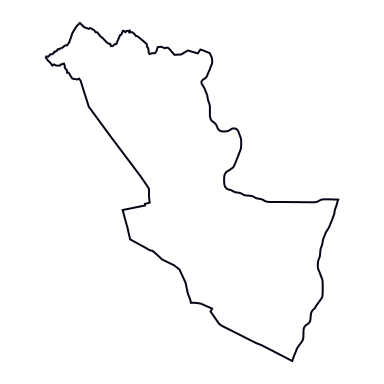 Jimaní, Independencia, Dominican Republic (Equal Earth projection)
{"feature_id": "3306468B8700472779567", "entity_name": "Jimaní", "entity_type": "district", "adm_level": 2, "iso_a3": "DOM", "parent_name": "Dominican Republic", "parent_adm1": "Independencia", "projection": "equal_earth", "projection_center": [-71.817, 18.503], "detail": "fine", "context": "isolated", "style": "outline", "palette": "ink", "viewbox_px": 384, "rotation_deg": 0, "n_neighbors": 0, "source": "geoboundaries", "source_scale": "gbopen_adm2", "svg_char_len": 4533}
<svg xmlns="http://www.w3.org/2000/svg" viewBox="0 0 384 384"><path d="M338.2,199.6L328.4,199.3L325.0,199.3L323.0,199.4L321.7,199.6L320.5,200.0L318.2,201.3L317.0,201.8L315.6,202.1L313.6,202.3L282.9,202.0L270.4,202.0L268.5,201.9L266.5,201.6L265.3,201.2L262.9,199.8L261.9,199.4L260.6,199.0L257.5,198.5L256.3,198.2L255.3,197.8L253.4,196.6L252.3,196.2L250.5,195.8L246.7,195.5L244.9,195.3L243.7,194.9L241.4,193.5L240.3,193.1L239.1,192.8L235.3,192.2L234.1,191.8L231.2,190.2L228.0,189.3L227.0,188.8L226.1,188.1L225.4,187.1L225.0,186.6L224.8,186.0L224.4,184.5L224.2,182.9L224.1,181.4L224.1,179.0L224.2,177.4L224.4,175.8L224.8,174.4L225.4,173.2L226.1,172.3L226.5,171.9L227.5,171.2L229.4,170.1L232.5,167.9L233.3,167.2L233.9,166.2L235.4,162.9L235.9,161.8L236.8,159.2L238.3,155.7L239.2,153.1L240.4,150.1L240.8,148.8L241.1,146.4L241.2,144.0L241.2,141.6L241.0,139.3L240.9,138.5L240.5,137.1L239.3,134.1L238.4,131.6L238.1,131.0L237.4,130.0L236.6,129.2L236.1,128.9L235.0,128.5L233.3,128.4L232.2,128.6L231.7,128.9L228.9,130.6L227.3,131.2L225.5,131.4L223.2,131.5L221.4,131.3L220.3,130.9L219.3,130.3L218.9,129.9L218.1,129.0L217.5,127.9L216.6,125.5L215.6,124.0L214.4,122.8L212.6,121.5L211.8,120.8L211.0,119.8L210.5,118.6L210.1,117.2L209.9,115.7L209.9,107.0L209.7,105.4L209.4,103.9L208.1,100.3L207.8,98.9L207.2,95.4L206.8,94.1L205.6,91.2L204.6,88.6L204.0,87.4L201.9,84.2L201.5,83.0L201.4,82.3L201.5,81.7L201.7,81.2L202.3,80.3L203.0,79.6L205.3,78.2L206.1,77.4L206.8,76.4L207.3,75.3L208.0,73.4L209.6,69.9L210.5,67.3L211.5,65.0L211.9,63.8L212.1,63.1L212.2,61.7L212.2,60.2L212.1,58.8L211.9,58.1L211.4,56.8L209.7,53.1L202.1,50.0L200.4,49.6L197.8,53.4L187.9,50.5L181.0,54.5L174.4,54.8L169.3,48.9L168.0,47.8L166.5,47.6L164.9,48.3L161.5,46.8L157.7,47.1L156.5,51.1L154.9,53.2L153.0,53.2L152.7,53.2L152.2,53.2L149.5,54.0L148.9,53.2L148.6,51.2L148.2,48.1L147.3,47.3L146.7,44.3L146.6,43.9L145.2,42.7L139.7,38.0L136.8,35.9L135.9,36.0L134.3,33.8L132.1,32.2L130.5,32.2L129.9,30.9L129.2,32.2L128.3,30.9L126.7,30.9L125.4,32.2L123.9,30.9L122.9,30.9L122.6,31.5L122.3,32.2L121.7,33.9L121.5,34.1L120.7,35.1L120.1,35.1L117.9,40.2L116.3,44.0L115.3,44.0L112.5,46.1L112.3,46.1L110.9,46.1L110.3,44.0L107.7,43.2L105.5,41.1L102.7,38.1L100.1,36.0L99.0,34.6L97.3,32.3L96.3,32.3L95.7,32.3L94.8,31.0L94.1,30.2L92.9,29.5L92.8,29.4L91.9,28.9L90.3,28.1L89.7,28.1L88.8,28.9L84.3,27.2L83.1,26.2L82.7,26.0L82.1,25.1L80.8,23.9L79.9,23.0L76.8,26.0L74.8,29.1L72.3,33.2L71.4,36.1L69.2,42.4L67.0,45.4L65.4,45.4L64.4,45.9L64.1,46.1L63.1,47.3L59.7,48.8L59.4,49.2L58.8,49.2L57.8,49.2L57.5,49.8L57.2,50.5L56.8,50.5L55.3,51.8L54.3,51.7L54.0,52.6L53.4,53.4L51.8,54.3L50.2,54.3L50.0,54.8L48.2,56.7L46.4,56.4L45.8,57.6L46.4,58.4L48.0,60.6L48.9,61.4L50.2,62.7L51.3,64.1L52.4,65.6L54.0,64.4L54.6,64.7L56.2,65.6L56.6,65.6L60.0,65.6L61.0,64.3L62.2,64.3L63.8,63.5L64.8,65.6L64.8,67.7L67.0,70.6L67.0,72.7L68.6,72.7L69.8,74.4L70.8,76.5L72.4,78.6L77.4,79.5L78.4,78.9L79.0,78.6L80.6,80.7L81.8,84.6L82.1,85.4L82.1,85.6L86.5,99.5L88.4,105.4L88.4,105.5L88.8,106.8L90.4,108.9L110.4,136.2L140.8,176.6L147.0,185.7L149.0,188.8L149.0,196.8L149.7,202.6L146.6,203.5L145.1,203.8L144.9,203.9L145.0,205.5L122.7,210.0L124.7,217.9L127.5,227.7L127.8,229.1L129.3,235.8L129.4,236.1L130.1,239.3L135.5,242.3L144.7,247.3L149.1,249.9L149.7,250.2L152.4,250.9L152.9,251.1L153.7,251.8L156.7,254.4L162.1,259.5L174.1,265.3L178.7,268.9L179.5,269.5L185.5,282.6L187.2,290.5L187.8,293.5L190.3,299.8L190.9,302.8L195.4,302.8L200.7,303.6L206.2,306.0L212.1,308.6L210.6,311.6L215.2,318.2L219.1,323.8L222.0,325.9L256.2,343.1L261.6,345.2L269.6,349.3L292.2,361.0L293.4,357.7L294.3,355.2L295.8,351.7L296.7,349.1L297.4,347.8L298.2,346.6L301.6,342.0L302.4,340.8L302.9,339.4L303.3,338.0L303.4,336.6L303.5,331.4L303.6,329.9L303.8,328.5L304.0,327.9L304.6,326.7L305.3,325.8L306.1,325.0L307.5,324.2L308.4,323.5L309.2,322.7L309.5,322.2L310.1,321.1L310.4,319.7L310.9,314.0L311.3,312.7L311.5,312.1L312.1,311.0L312.8,310.1L314.7,308.3L315.1,307.9L316.2,305.7L317.0,304.6L320.8,299.4L321.6,298.2L322.2,296.8L322.4,296.1L322.6,294.6L322.7,292.3L322.7,285.1L322.6,281.2L322.3,279.7L321.9,278.4L320.7,275.4L319.8,272.9L318.5,269.9L318.1,268.6L317.9,267.2L317.8,265.7L317.9,263.5L318.0,262.0L318.3,260.6L319.4,257.6L319.8,256.4L320.0,254.9L320.4,250.6L320.6,249.1L321.0,247.8L322.1,244.8L322.4,243.5L322.8,240.7L323.1,239.3L324.6,235.7L325.5,233.2L326.5,231.3L328.4,228.4L329.1,227.2L329.6,226.0L330.3,224.0L331.8,220.6L332.7,218.0L334.1,214.4L334.4,213.0L334.8,210.2L335.2,208.9L336.5,205.3L337.4,201.9L338.2,199.6Z" fill="none" stroke="#020617" stroke-width="2"/></svg>